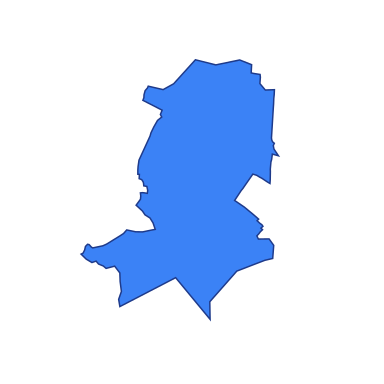 Onitsha North, Anambra, Nigeria, rotated 230°
{"feature_id": "59680162B73411137510562", "entity_name": "Onitsha North", "entity_type": "district", "adm_level": 2, "iso_a3": "NGA", "parent_name": "Nigeria", "parent_adm1": "Anambra", "projection": "albers", "projection_center": [6.801, 6.162], "detail": "fine", "context": "isolated", "style": "filled", "palette": "blue", "viewbox_px": 384, "rotation_deg": 230, "n_neighbors": 0, "source": "geoboundaries", "source_scale": "gbopen_adm2", "svg_char_len": 1738}
<svg xmlns="http://www.w3.org/2000/svg" viewBox="0 0 384 384"><g transform="rotate(230 192 192)"><path d="M164.2,281.5L172.2,282.4L175.3,284.1L176.4,286.4L178.3,286.0L180.3,286.4L182.3,287.6L203.8,308.0L207.0,311.1L211.0,314.7L213.8,317.6L217.4,320.9L223.0,313.7L231.4,313.7L236.0,318.2L238.3,319.7L243.1,315.5L245.2,313.9L251.2,319.5L262.5,313.4L274.1,291.9L291.1,279.6L286.7,247.5L289.0,235.7L301.2,226.5L300.3,224.7L299.8,221.3L297.3,217.7L295.2,215.8L293.8,213.3L273.9,221.7L271.7,217.6L268.9,217.0L269.0,211.6L266.4,204.6L263.7,198.6L261.8,195.8L250.5,171.9L246.2,167.1L243.6,164.6L240.4,161.9L239.3,163.0L236.2,160.1L233.8,161.4L231.2,161.1L229.7,160.4L227.7,159.0L225.3,161.0L221.7,159.1L219.7,156.9L221.7,155.2L223.3,153.7L224.5,151.9L221.9,150.2L219.6,147.9L217.8,140.7L209.3,141.8L204.7,141.3L199.1,143.1L193.4,142.3L187.0,139.8L188.6,137.0L193.2,128.5L197.8,123.2L204.9,117.6L204.2,112.9L204.7,108.7L207.0,93.0L208.1,89.1L213.0,80.0L214.5,79.5L217.8,79.4L219.1,78.4L218.8,75.4L216.6,72.5L215.2,69.3L215.7,67.1L208.6,67.8L202.3,70.0L200.7,74.1L196.9,74.1L192.3,76.5L188.7,77.1L184.9,85.1L176.4,84.7L169.6,79.4L161.2,74.0L156.9,66.8L150.6,63.1L136.9,124.4L82.8,124.0L83.7,124.7L96.5,135.1L102.6,175.5L100.4,181.9L97.1,191.6L92.8,204.0L89.2,211.1L98.6,220.3L106.5,220.9L113.3,212.6L116.7,213.5L117.0,216.1L117.6,218.8L117.8,221.8L120.0,221.6L120.1,224.3L122.1,224.5L124.3,223.9L128.2,223.4L128.4,225.6L134.8,224.6L141.8,223.3L146.8,222.4L158.1,219.2L161.5,230.6L162.0,233.3L162.6,235.4L166.6,250.1L163.2,252.3L159.6,253.5L158.0,254.2L155.3,255.0L152.2,255.9L150.1,256.6L148.4,257.2L151.1,259.8L157.3,265.2L159.1,266.6L164.3,271.8L165.7,273.9L169.4,277.9L164.2,281.5Z" fill="#3b82f6" stroke="#1e3a8a" stroke-width="1.5"/></g></svg>